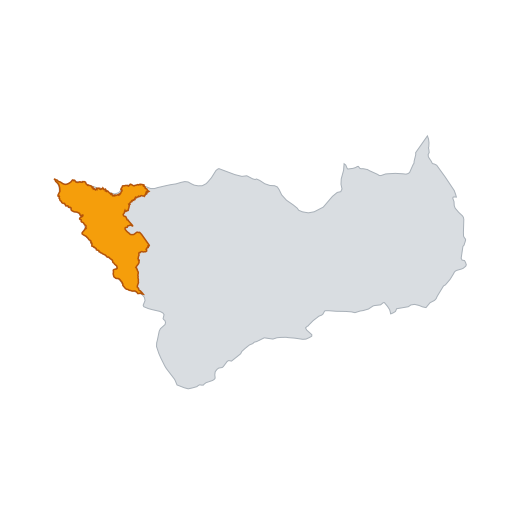 Central African Republic, with Haut-Mbomou highlighted, rotated 187°
{"feature_id": "CAF-867", "entity_name": "Haut-Mbomou", "entity_type": "Prefecture", "adm_level": 1, "iso_a3": "CAF", "parent_name": "Central African Republic", "parent_adm1": "", "projection": "albers", "projection_center": [25.352, 6.594], "detail": "fine", "context": "in_parent", "style": "filled", "palette": "amber", "viewbox_px": 512, "rotation_deg": 187, "n_neighbors": 0, "source": "natural_earth", "source_scale": "10m", "svg_char_len": 9770}
<svg xmlns="http://www.w3.org/2000/svg" viewBox="0 0 512 512"><g transform="rotate(187 256 256)"><path d="M356.5,190.7L361.2,192.0L362.0,193.4L360.7,198.2L361.6,201.2L364.2,203.7L366.9,204.8L369.5,205.4L378.5,207.0L382.3,208.7L387.2,214.3L393.4,219.4L394.9,222.1L394.6,224.6L392.8,227.5L393.1,228.8L395.9,231.7L399.2,234.8L405.2,238.2L415.6,243.5L420.3,247.0L421.9,249.7L424.6,252.7L428.3,255.3L430.8,257.4L429.1,263.2L429.6,265.1L430.5,266.8L432.7,269.1L433.6,272.1L435.7,275.7L438.3,277.4L442.6,278.0L444.9,279.7L449.6,282.6L454.1,285.2L456.1,286.9L457.3,288.5L458.3,290.3L458.9,292.1L459.0,296.0L459.8,300.9L462.2,304.3L464.5,306.8L455.2,303.9L453.8,303.9L452.2,304.4L447.3,307.9L445.8,308.4L439.6,307.6L424.8,304.9L413.4,302.2L410.0,301.2L403.9,300.3L399.8,302.2L396.1,308.4L395.0,309.7L389.0,311.5L386.2,311.0L379.3,312.7L368.7,310.1L364.9,310.6L362.0,311.9L354.3,314.7L349.7,316.3L344.3,317.8L339.2,320.0L335.7,321.2L332.4,321.2L329.3,319.9L326.0,318.8L322.0,318.6L317.9,319.2L314.3,321.7L312.9,323.5L309.8,328.2L306.2,335.9L304.8,337.4L303.5,338.2L286.9,334.2L279.7,333.3L274.9,334.5L268.8,332.2L266.2,331.8L264.9,332.5L261.6,331.5L256.1,328.8L250.8,327.7L246.1,328.0L243.2,327.1L241.0,324.5L238.0,319.8L232.6,315.1L225.4,311.3L220.9,308.5L219.2,306.6L215.3,305.5L209.3,305.2L203.6,307.0L195.2,312.7L187.4,324.5L183.1,329.0L179.7,330.2L178.8,333.0L180.4,337.6L180.8,342.9L179.5,351.8L179.8,358.3L178.0,357.2L176.3,354.2L175.5,353.5L170.4,354.8L167.8,356.0L166.3,357.2L165.3,357.4L163.7,355.7L162.4,355.4L160.4,355.7L158.4,355.6L157.1,355.4L156.2,355.5L153.8,354.5L145.2,351.8L143.7,351.0L141.9,351.0L137.4,353.2L135.0,353.7L127.8,355.0L120.0,355.5L117.1,355.5L115.0,356.4L113.7,357.7L111.2,365.9L110.5,367.3L110.6,369.4L109.8,376.0L110.1,378.1L100.5,396.1L99.0,393.1L98.1,389.5L97.8,385.4L98.0,384.3L97.5,383.1L96.7,379.8L97.5,377.7L97.0,375.4L95.2,373.2L93.6,371.4L92.7,369.9L91.9,369.2L90.1,369.0L87.7,368.1L77.7,357.3L67.2,345.1L65.2,341.1L64.3,338.9L66.9,338.7L67.6,338.3L67.7,337.2L66.1,334.1L65.4,330.2L64.2,327.8L60.1,324.0L56.1,321.1L54.9,319.7L54.2,317.6L53.0,304.6L52.4,300.9L51.2,299.3L50.3,298.5L49.9,297.6L50.2,295.3L50.7,293.3L50.7,292.4L51.8,290.7L52.1,278.7L50.9,277.0L48.5,276.9L47.2,275.1L46.2,272.9L46.6,271.4L48.9,269.0L50.5,268.1L55.0,266.2L56.3,265.3L57.2,264.1L57.7,262.6L60.5,256.5L64.5,250.4L66.2,249.2L70.3,240.2L71.3,237.9L72.0,235.6L73.3,233.8L77.6,230.8L81.0,225.5L84.5,225.8L88.1,226.8L92.7,227.3L96.3,226.3L98.7,224.2L110.0,220.8L110.8,218.0L112.6,216.5L114.7,215.2L115.4,215.0L115.6,216.0L116.8,219.0L119.3,222.0L122.9,225.4L124.0,225.2L126.4,222.7L132.2,221.3L133.7,220.7L137.9,217.1L143.0,214.9L145.9,214.1L150.9,211.8L154.5,212.2L160.3,211.9L169.9,210.9L176.8,210.6L180.3,210.2L181.2,209.7L182.6,206.3L183.7,205.3L186.3,203.9L191.5,198.7L194.9,194.3L195.9,192.8L196.6,192.5L198.1,190.7L196.7,188.7L191.0,184.7L191.1,184.2L190.8,183.5L191.1,183.0L193.3,181.4L196.3,179.6L199.4,179.0L207.6,179.2L214.5,178.9L216.2,179.0L221.6,178.2L225.3,177.4L229.1,175.6L237.8,175.8L245.0,171.1L247.1,170.3L248.0,169.5L248.3,168.8L251.7,166.9L255.5,163.0L258.5,159.5L259.3,157.1L267.5,148.7L270.4,148.9L271.8,147.8L275.0,142.2L276.0,141.2L279.4,140.2L281.0,138.6L282.4,136.1L282.4,133.0L281.8,130.5L281.8,129.3L282.6,128.3L283.9,127.2L290.1,124.2L291.7,122.7L292.6,121.4L294.4,121.2L296.2,121.3L297.4,120.5L298.8,119.1L303.1,117.3L307.1,115.9L311.2,116.5L318.7,118.4L321.0,122.5L322.0,123.9L331.3,133.4L333.1,135.7L337.7,142.6L340.5,147.3L343.7,154.0L344.0,157.7L343.6,160.8L342.9,169.6L342.0,172.2L337.9,176.9L337.7,179.1L338.6,180.9L339.8,181.6L340.6,182.5L340.1,186.6L341.6,188.2L344.6,189.3L352.4,190.1L356.5,190.7Z" fill="#d9dde1" stroke="#a8b0b8" stroke-width="1"/><path d="M363.3,204.4L364.6,204.5L365.5,205.2L367.6,204.5L368.7,204.3L369.5,205.1L369.8,205.6L371.3,206.4L372.4,206.5L374.6,206.1L376.4,206.5L377.7,206.5L378.7,207.1L380.6,207.3L381.6,207.8L384.3,210.3L384.7,210.9L384.7,212.0L385.4,212.7L385.5,213.3L385.8,213.7L386.4,214.1L387.9,215.8L388.9,216.5L389.9,216.9L391.3,216.7L392.5,216.8L393.1,217.3L393.9,217.6L394.4,218.0L394.7,218.5L395.6,220.9L395.5,222.8L395.9,224.2L395.8,224.8L395.1,225.4L393.0,226.1L392.3,226.8L392.4,227.7L393.1,229.3L395.0,230.4L395.6,230.9L396.1,231.6L397.1,232.1L397.4,232.5L397.8,233.9L398.1,234.4L398.5,234.7L400.3,235.6L401.6,236.6L402.4,237.0L403.0,236.8L403.6,236.8L405.5,238.5L406.0,238.7L408.6,239.5L409.4,240.1L410.3,240.2L410.6,240.3L411.1,240.8L412.2,241.0L412.4,241.2L412.4,241.7L412.7,242.2L413.2,242.4L414.6,242.5L415.2,242.7L415.5,243.9L416.6,244.5L417.9,244.8L418.1,245.5L420.0,245.7L420.2,246.4L420.3,248.1L420.6,248.8L420.8,248.9L421.4,248.9L421.5,249.0L421.4,249.6L421.6,250.3L421.7,250.7L422.1,251.1L422.8,251.5L423.9,251.9L424.9,253.2L426.2,254.1L426.7,254.7L427.9,255.2L429.8,255.9L431.3,256.8L431.4,257.9L430.6,259.2L429.6,260.6L429.0,261.9L428.1,262.5L427.9,262.9L428.5,263.1L428.5,263.6L428.3,264.8L428.5,265.4L430.0,266.3L431.3,267.9L431.9,268.2L433.2,268.5L433.7,268.9L433.8,270.5L434.1,270.7L435.1,270.8L435.6,271.3L435.6,271.9L435.3,272.5L433.5,273.8L433.0,274.3L432.7,275.0L432.9,275.6L433.4,275.5L434.7,274.6L435.2,274.7L436.2,276.6L436.7,277.0L438.6,277.6L439.6,277.8L441.9,277.7L444.2,278.5L444.8,278.9L445.1,279.3L445.3,280.8L445.6,281.4L446.3,281.7L447.1,281.7L447.6,281.5L448.0,281.5L448.3,282.3L448.7,282.8L449.4,282.9L450.8,282.5L451.2,282.9L451.5,283.8L452.1,284.3L452.4,284.7L452.6,284.9L453.8,284.7L455.4,285.4L455.8,286.5L456.9,287.0L457.3,287.4L457.6,287.9L457.8,288.9L458.5,289.4L458.3,290.8L458.5,291.4L459.4,291.1L459.8,291.3L459.9,291.6L459.9,292.5L458.6,296.0L458.5,296.5L458.8,297.8L459.2,299.9L460.0,301.9L460.6,302.9L461.2,303.7L464.0,305.7L464.5,306.9L465.4,307.6L465.8,308.0L464.6,307.6L464.2,307.3L462.6,307.1L461.3,306.0L459.2,305.6L456.6,304.3L455.3,303.9L453.9,303.8L452.4,304.2L450.3,305.5L448.4,307.3L447.8,308.6L447.2,309.2L446.6,309.1L446.3,308.7L446.1,308.6L445.6,309.1L445.3,309.1L443.8,307.5L443.1,307.3L441.6,307.3L440.5,308.0L439.7,307.9L439.6,308.2L439.4,308.2L439.1,307.9L438.5,307.8L437.9,308.0L437.6,308.5L437.3,308.2L437.1,308.5L436.3,308.8L435.4,308.9L434.2,308.5L433.5,307.0L432.1,306.1L431.8,305.6L430.9,306.0L430.6,305.6L429.5,305.7L428.6,305.5L428.0,305.3L427.4,304.8L427.2,304.3L426.5,304.5L426.5,303.8L426.1,304.0L425.9,303.7L425.6,302.7L425.2,303.1L424.7,302.7L424.3,302.9L423.9,302.3L423.4,302.0L423.1,302.6L422.8,302.7L422.1,302.5L422.3,303.6L421.7,303.4L421.5,303.6L421.4,303.9L420.4,304.0L420.1,304.3L419.1,303.3L418.3,303.1L418.0,303.2L417.9,303.5L417.9,304.0L417.4,303.8L416.8,303.9L416.4,304.3L416.3,304.9L415.7,304.4L415.1,303.4L414.3,303.4L413.9,304.0L413.6,304.1L413.1,303.0L413.2,302.5L412.6,302.7L412.5,301.9L412.0,301.7L411.8,301.8L412.1,302.1L411.8,302.5L411.4,302.5L410.6,302.1L409.2,300.7L408.5,300.5L408.1,300.1L407.5,300.1L407.0,300.4L406.6,300.1L406.6,299.9L407.0,299.4L406.3,299.4L406.0,299.1L405.7,298.3L404.1,298.4L404.4,299.0L403.2,299.4L402.9,299.3L402.5,298.9L401.0,299.8L400.3,300.0L399.7,299.6L399.4,300.0L398.9,300.2L398.7,300.4L399.1,301.0L398.4,301.2L398.0,301.6L397.7,303.0L396.9,304.4L397.1,305.2L397.9,305.4L398.2,305.6L398.2,305.9L398.0,306.8L397.4,307.6L397.1,309.1L396.8,309.4L394.9,309.7L394.3,310.1L392.2,310.3L391.4,309.9L391.1,309.8L390.6,310.4L390.2,310.6L389.6,311.9L389.4,312.0L388.2,311.7L387.1,311.1L385.6,310.7L384.6,311.4L383.8,311.5L382.6,312.2L382.0,312.5L381.1,312.2L380.1,313.0L379.7,313.1L379.4,312.7L378.8,313.1L378.2,313.1L376.1,312.9L375.7,312.7L376.3,311.8L375.8,311.5L374.9,311.2L374.5,310.9L374.3,310.5L374.3,309.9L374.0,309.6L372.5,309.2L371.8,308.1L371.2,307.6L370.1,307.1L371.0,306.4L372.0,306.9L372.6,306.6L372.7,306.2L372.0,305.9L371.9,305.8L371.9,305.5L372.2,305.2L372.0,304.8L372.0,304.5L372.2,304.2L372.5,304.2L373.0,304.6L373.2,303.6L373.6,303.1L373.6,302.4L374.0,302.1L374.2,301.6L374.7,301.9L376.1,301.8L377.1,302.0L377.7,301.8L378.3,301.0L378.9,300.8L379.6,301.1L379.9,301.1L380.1,300.3L381.0,300.1L381.5,299.3L381.8,299.2L382.1,299.5L382.7,299.7L383.0,298.7L383.0,297.8L383.0,297.7L383.4,297.9L383.5,297.2L384.1,297.0L384.2,296.3L384.4,296.3L384.9,296.5L385.3,296.2L386.0,295.9L386.1,295.7L385.7,295.3L385.7,294.9L386.0,294.7L386.5,294.7L386.8,294.2L387.3,294.0L387.5,293.6L387.6,292.8L388.4,292.2L387.6,291.8L388.3,291.3L388.0,290.9L387.8,290.3L388.1,289.8L388.0,288.8L388.2,288.1L388.2,287.3L388.5,286.6L388.4,285.7L389.0,285.3L389.9,285.2L390.4,284.4L390.7,284.3L391.0,284.4L391.6,285.4L391.9,284.3L391.9,283.1L392.2,282.3L392.8,281.4L392.9,280.9L392.7,280.4L392.0,279.6L391.5,279.3L390.4,279.3L390.1,279.2L389.3,277.9L388.8,277.3L388.5,276.3L388.0,276.1L387.2,276.0L386.7,275.2L382.5,271.5L382.1,270.9L382.3,270.7L383.4,271.1L384.5,271.3L385.0,271.2L385.7,270.7L386.9,270.3L387.3,268.8L387.6,268.6L389.0,268.4L389.2,268.2L389.3,267.7L389.2,266.7L388.5,265.9L387.1,264.6L385.9,263.8L385.1,263.4L383.7,262.3L383.3,262.1L382.7,262.0L380.4,262.3L379.6,262.7L377.7,264.6L377.1,265.1L376.6,265.2L375.2,265.0L374.4,265.3L372.2,263.5L363.2,253.6L363.4,252.9L364.5,252.8L364.6,252.6L364.0,251.7L364.0,251.4L364.2,251.2L364.8,251.1L365.3,250.6L365.4,249.7L365.9,249.4L365.9,249.2L365.4,248.8L365.1,247.7L365.9,246.9L366.4,246.7L367.0,246.7L368.1,246.3L368.8,246.3L369.4,246.5L369.9,246.5L370.7,246.2L371.5,245.2L372.2,245.3L372.3,245.2L372.6,244.5L372.6,244.0L372.2,242.4L372.6,241.3L372.6,240.3L372.8,238.9L372.1,238.3L372.2,237.6L371.9,237.4L371.5,237.6L371.4,237.5L371.5,236.5L371.3,235.6L371.5,234.6L372.0,233.4L373.0,231.8L373.9,229.9L372.9,229.3L372.8,228.6L372.3,228.2L371.9,227.0L371.1,226.0L370.8,225.0L370.9,222.3L370.5,221.5L370.5,220.0L369.9,218.4L369.7,216.3L369.4,215.3L370.1,212.1L370.1,210.8L368.6,209.5L368.3,208.4L367.9,207.8L366.8,207.4L366.3,207.1L364.5,205.6L363.3,204.4Z" fill="#f59e0b" stroke="#b45309" stroke-width="1.5"/></g></svg>